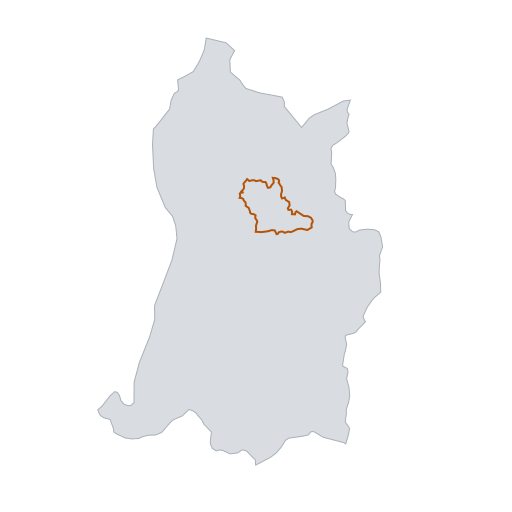 Bulgaria, with Sliven highlighted, rotated 280°
{"feature_id": "BGR-2231", "entity_name": "Sliven", "entity_type": "Province", "adm_level": 1, "iso_a3": "BGR", "parent_name": "Bulgaria", "parent_adm1": "", "projection": "equal_earth", "projection_center": [26.271, 42.597], "detail": "fine", "context": "in_parent", "style": "outline", "palette": "amber", "viewbox_px": 512, "rotation_deg": 280, "n_neighbors": 0, "source": "natural_earth", "source_scale": "10m", "svg_char_len": 3595}
<svg xmlns="http://www.w3.org/2000/svg" viewBox="0 0 512 512"><g transform="rotate(280 256 256)"><path d="M425.9,321.9L416.9,320.3L413.8,320.8L411.8,323.0L407.6,322.5L402.5,322.5L397.1,325.0L394.1,326.1L390.1,323.8L382.6,317.0L378.1,312.3L374.7,311.1L371.4,312.5L359.3,314.1L356.5,316.8L350.9,319.9L345.3,321.3L337.3,322.4L333.0,322.2L330.7,323.7L328.7,328.2L327.3,332.5L326.1,334.3L316.1,336.4L313.9,338.9L313.3,341.4L313.5,343.8L305.5,341.4L299.3,343.0L297.8,344.9L296.5,347.6L297.2,350.5L299.5,353.3L301.7,360.8L302.4,368.4L301.1,372.7L296.5,375.7L287.0,379.1L277.7,377.5L273.7,378.8L266.8,379.3L260.5,380.2L250.9,383.3L242.1,385.1L234.3,378.8L225.0,374.5L215.2,371.9L211.8,373.8L210.3,375.2L202.2,369.7L198.6,367.7L196.8,365.5L193.5,358.1L191.4,357.9L184.7,360.6L178.2,360.5L174.3,360.0L162.7,360.3L161.1,365.4L159.6,366.2L157.1,366.8L150.9,366.5L143.0,370.3L134.5,372.6L127.8,372.6L121.0,371.5L116.9,372.3L108.1,372.7L102.4,378.2L93.8,377.9L86.5,377.0L87.4,375.2L89.2,353.5L93.0,343.8L92.9,341.8L92.1,340.3L89.0,338.7L86.7,333.5L82.2,319.7L79.5,317.0L72.0,314.0L65.5,310.1L60.0,304.9L50.0,292.0L55.2,290.7L56.8,288.1L62.1,281.0L62.8,277.5L62.3,275.5L58.9,272.1L56.6,264.7L58.6,257.8L58.8,254.2L57.1,250.7L59.0,246.3L62.8,243.9L65.1,243.2L74.9,242.7L81.2,234.0L85.0,231.2L89.0,226.2L90.8,224.4L92.6,220.6L93.2,216.6L85.6,211.1L83.0,206.9L79.7,202.3L75.1,199.2L65.9,193.8L62.3,188.2L60.8,181.1L58.4,175.7L55.8,172.2L55.3,169.3L54.3,165.8L54.1,158.9L56.5,149.8L58.0,146.5L61.2,145.6L69.7,140.7L70.2,134.5L71.8,130.6L74.5,128.4L77.0,126.9L81.5,130.5L92.6,136.3L97.9,140.5L97.6,143.1L95.0,145.7L90.1,148.2L87.2,151.6L86.4,155.8L87.1,158.7L90.4,161.3L110.5,157.9L130.8,159.6L158.0,165.3L176.1,167.3L189.5,164.7L214.2,169.5L237.2,173.9L259.4,175.2L271.8,171.7L280.5,167.0L288.0,158.2L306.5,146.5L324.4,140.0L347.9,134.7L363.5,132.9L365.7,134.7L385.7,145.4L394.6,145.4L401.8,147.3L404.5,150.2L406.3,150.9L415.8,148.2L420.1,154.1L426.8,162.3L438.1,166.5L448.2,168.9L451.4,169.3L462.0,169.1L460.7,189.7L454.5,199.3L444.9,196.1L432.7,198.8L426.3,209.7L422.6,213.0L419.3,216.8L417.3,231.0L417.0,254.3L412.4,257.2L408.1,258.0L390.5,278.6L400.8,284.4L405.3,288.8L412.9,301.1L423.8,315.1L425.9,321.9Z" fill="#d9dde1" stroke="#a8b0b8" stroke-width="1"/><path d="M293.8,305.9L290.5,302.0L290.8,295.7L289.5,291.8L286.4,287.6L285.5,285.7L285.6,283.5L283.8,280.2L284.6,278.5L284.4,276.4L283.3,274.3L281.8,273.8L281.1,272.5L284.5,270.0L284.2,266.9L282.4,263.4L280.5,257.3L279.8,251.5L282.8,251.4L285.8,250.7L290.1,251.3L291.6,250.3L292.9,248.8L294.5,248.5L296.0,248.5L296.8,246.6L296.7,244.1L297.7,242.6L299.3,242.1L302.1,240.5L303.6,237.1L305.4,236.9L307.1,236.3L307.9,235.1L308.9,234.0L310.0,233.5L310.4,232.3L310.5,231.0L310.4,229.8L311.5,230.0L312.6,230.0L314.4,229.2L316.1,229.9L315.8,230.9L316.2,231.9L316.9,231.5L317.4,230.6L319.9,232.2L321.6,232.3L323.2,232.0L324.7,231.1L326.1,231.6L328.1,232.9L330.2,233.9L328.7,236.4L330.0,239.3L330.3,241.0L329.7,243.0L330.6,245.3L331.4,247.5L330.4,248.8L330.1,250.4L330.5,252.5L328.9,253.8L326.9,254.6L325.2,256.0L326.1,258.2L328.2,258.9L329.8,259.9L331.4,260.7L333.7,260.1L335.9,259.0L336.1,261.8L335.5,264.4L334.8,265.3L333.9,265.8L332.1,265.5L331.5,266.4L330.6,267.0L329.5,267.9L328.5,269.2L324.7,270.3L320.9,270.0L319.0,270.4L317.2,271.6L317.9,273.0L318.6,274.2L317.4,274.8L316.3,275.8L314.9,279.3L311.8,280.3L308.5,279.1L307.1,279.9L307.7,282.6L305.8,283.9L303.4,284.1L303.8,287.2L305.9,287.3L307.1,288.2L303.7,296.1L304.2,300.3L303.2,303.5L300.8,305.6L299.2,305.9L297.8,305.2L295.9,305.3L293.8,305.9Z" fill="none" stroke="#b45309" stroke-width="2"/></g></svg>